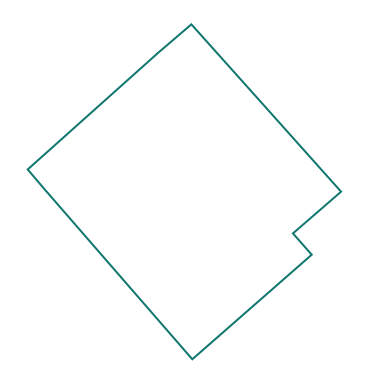 Palo Pinto, Texas, United States of America, rotated 138°
{"feature_id": "52423323B58285060103577", "entity_name": "Palo Pinto", "entity_type": "district", "adm_level": 2, "iso_a3": "USA", "parent_name": "United States of America", "parent_adm1": "Texas", "projection": "albers", "projection_center": [-98.332, 32.76], "detail": "fine", "context": "isolated", "style": "outline", "palette": "teal", "viewbox_px": 384, "rotation_deg": 138, "n_neighbors": 0, "source": "geoboundaries", "source_scale": "gbopen_adm2", "svg_char_len": 279}
<svg xmlns="http://www.w3.org/2000/svg" viewBox="0 0 384 384"><g transform="rotate(138 192 192)"><path d="M299.7,294.6L303.7,67.5L145.0,65.3L144.7,93.7L81.0,92.5L80.6,205.2L80.3,317.0L123.8,318.1L299.0,318.7L299.7,294.6Z" fill="none" stroke="#0f766e" stroke-width="2"/></g></svg>